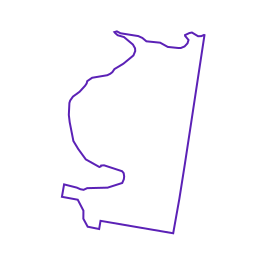 the district of Emmet, Michigan, United States of America, rotated 9°
{"feature_id": "52423323B66436048113663", "entity_name": "Emmet", "entity_type": "district", "adm_level": 2, "iso_a3": "USA", "parent_name": "United States of America", "parent_adm1": "Michigan", "projection": "natural_earth1", "projection_center": [-84.945, 45.53], "detail": "fine", "context": "isolated", "style": "outline", "palette": "violet", "viewbox_px": 256, "rotation_deg": 9, "n_neighbors": 0, "source": "geoboundaries", "source_scale": "gbopen_adm2", "svg_char_len": 977}
<svg xmlns="http://www.w3.org/2000/svg" viewBox="0 0 256 256"><g transform="rotate(9 128 128)"><path d="M189.0,24.3L188.5,24.2L186.0,25.8L182.9,26.4L176.2,23.7L173.8,24.6L169.8,27.3L170.0,28.1L174.0,31.6L173.5,35.1L171.1,38.6L167.7,40.7L165.5,41.1L154.6,41.7L146.4,38.7L132.6,39.5L128.1,36.8L123.8,35.6L105.8,35.6L101.9,34.3L99.6,35.4L100.6,36.3L103.3,38.0L109.8,38.8L119.8,44.8L122.5,48.2L123.1,50.9L122.0,55.5L113.4,65.2L105.4,71.9L103.8,75.3L102.0,77.2L99.3,79.1L84.7,84.0L80.4,88.1L80.2,90.4L79.0,93.0L74.5,99.8L68.7,105.6L66.6,109.9L66.2,112.4L67.5,124.3L69.5,131.4L76.1,149.4L82.1,156.5L91.2,165.6L105.8,171.0L107.1,170.2L107.3,169.3L110.2,168.6L128.9,171.6L130.8,173.3L131.8,176.5L131.9,179.3L130.9,183.2L117.2,190.1L97.1,193.8L93.8,196.0L90.5,195.9L86.8,194.9L73.7,193.7L73.5,206.3L89.6,206.7L96.9,216.6L98.1,224.6L103.6,231.8L115.3,232.3L115.4,224.0L189.1,224.9L189.8,190.0L189.8,154.5L189.6,119.6L189.0,24.3Z" fill="none" stroke="#5b21b6" stroke-width="2"/></g></svg>